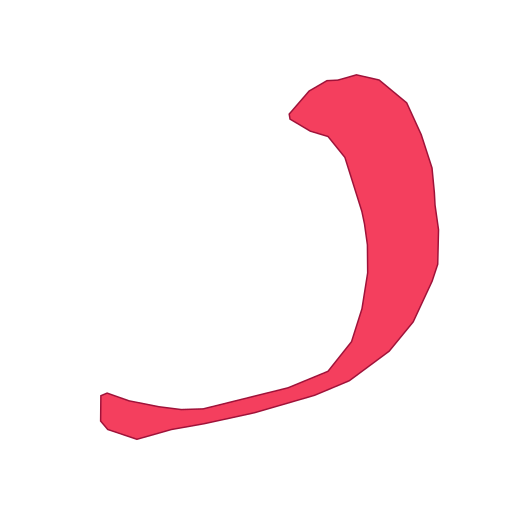 the district of Lekinoch, Federated States of Micronesia, rotated 345°
{"feature_id": "79324940B50193929074024", "entity_name": "Lekinoch", "entity_type": "district", "adm_level": 2, "iso_a3": "FSM", "parent_name": "Federated States of Micronesia", "parent_adm1": "", "projection": "natural_earth1", "projection_center": [153.813, 5.505], "detail": "fine", "context": "isolated", "style": "filled", "palette": "rose", "viewbox_px": 512, "rotation_deg": 345, "n_neighbors": 0, "source": "geoboundaries", "source_scale": "gbopen_adm2", "svg_char_len": 681}
<svg xmlns="http://www.w3.org/2000/svg" viewBox="0 0 512 512"><g transform="rotate(345 256 256)"><path d="M369.8,240.4L369.1,253.1L366.5,274.1L359.5,301.2L344.7,334.4L326.1,363.5L295.7,386.0L252.8,391.6L165.4,390.0L144.1,385.0L123.0,376.4L95.8,363.0L76.7,349.9L70.0,350.8L63.2,375.2L67.9,385.2L93.5,402.2L129.4,401.7L162.9,404.6L214.3,407.0L276.6,405.7L313.9,400.6L360.0,382.4L390.8,360.3L419.6,325.9L429.4,311.0L439.1,277.9L442.1,253.2L444.7,240.9L448.8,216.5L447.0,181.6L441.2,147.1L420.5,117.9L399.9,107.0L380.5,107.3L369.9,105.0L350.0,110.4L324.8,127.5L324.3,132.6L340.8,149.5L356.5,159.2L367.4,183.8L369.8,240.4Z" fill="#f43f5e" stroke="#9f1239" stroke-width="1.5"/></g></svg>